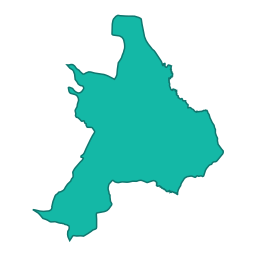 the district of Tao Ngoi, Sakon Nakhon, Thailand
{"feature_id": "78962969B89728183001998", "entity_name": "Tao Ngoi", "entity_type": "district", "adm_level": 2, "iso_a3": "THA", "parent_name": "Thailand", "parent_adm1": "Sakon Nakhon", "projection": "robinson", "projection_center": [104.177, 16.947], "detail": "fine", "context": "isolated", "style": "filled", "palette": "teal", "viewbox_px": 256, "rotation_deg": 0, "n_neighbors": 0, "source": "geoboundaries", "source_scale": "gbopen_adm2", "svg_char_len": 5715}
<svg xmlns="http://www.w3.org/2000/svg" viewBox="0 0 256 256"><path d="M211.8,164.0L212.3,162.9L213.5,161.9L215.6,161.7L216.3,161.4L217.0,160.8L222.8,153.7L223.2,152.5L223.2,151.0L221.5,149.0L218.1,144.3L217.4,140.8L217.5,138.2L216.3,135.7L215.4,133.0L215.4,129.4L214.6,127.8L214.0,125.2L212.2,122.5L210.0,117.8L209.1,114.7L208.8,114.1L208.0,113.1L207.6,111.7L207.3,111.2L207.2,110.8L206.9,110.4L206.2,110.3L205.9,110.6L205.5,110.2L205.3,110.4L203.5,110.5L202.7,111.1L202.1,111.1L201.9,111.4L201.4,111.5L199.9,111.4L198.8,111.8L197.4,111.4L197.3,111.6L196.8,111.4L196.7,111.8L196.5,111.7L196.2,112.1L194.5,111.1L193.4,109.6L191.4,108.6L190.7,107.7L189.8,107.5L188.0,107.8L187.9,107.2L188.1,104.9L187.9,104.5L187.0,104.0L185.6,101.8L185.6,100.8L183.2,100.8L182.8,100.3L182.5,99.7L182.4,99.2L182.0,98.6L181.4,98.6L180.9,99.0L180.4,99.1L178.8,97.8L178.3,97.7L178.1,96.8L178.3,96.4L178.1,95.8L177.2,95.3L176.9,94.9L176.5,94.7L176.7,94.0L176.5,93.8L176.8,93.2L176.4,92.9L176.3,91.9L176.5,91.7L175.8,91.2L176.6,90.6L176.6,90.4L175.6,90.4L175.3,90.6L175.2,90.3L175.4,89.9L175.0,89.6L174.3,89.4L173.7,89.5L173.3,89.1L172.9,89.3L173.1,89.7L173.0,89.9L172.7,90.0L172.4,89.7L172.1,90.2L171.8,89.9L171.3,89.8L170.6,89.1L170.5,88.3L169.6,86.1L169.5,85.1L169.7,84.2L169.4,82.8L168.9,82.0L169.2,81.4L169.0,80.7L169.1,80.4L168.8,80.1L169.0,79.5L168.8,79.2L168.8,78.8L169.1,78.7L169.1,78.4L169.3,78.4L169.3,78.1L169.5,78.2L169.6,78.5L169.8,78.1L170.2,78.1L170.5,78.3L170.7,77.3L171.4,77.1L171.2,76.6L171.4,76.5L171.8,76.8L171.9,76.2L172.5,76.1L172.5,74.6L172.7,74.1L172.5,73.3L171.6,73.0L171.9,72.5L171.8,72.2L171.5,72.2L171.3,71.9L171.7,71.7L171.5,71.4L171.5,71.1L170.5,69.6L170.6,69.3L171.2,69.2L171.1,68.9L170.7,68.8L170.7,68.4L171.1,67.9L171.1,66.5L171.4,66.0L170.3,65.5L169.9,65.6L169.8,65.3L168.3,65.0L166.8,67.1L166.3,67.3L165.8,67.1L165.2,66.7L165.0,66.2L164.9,65.1L165.1,63.9L164.8,63.4L163.6,63.8L163.6,64.5L163.4,65.2L163.0,65.6L162.8,65.4L162.5,65.0L161.7,62.3L161.2,61.2L155.2,52.1L154.1,50.7L152.3,49.2L148.2,44.0L146.0,40.5L144.5,36.7L142.0,24.1L141.3,19.4L140.9,18.6L138.8,17.5L134.5,16.2L126.4,16.1L119.8,15.7L118.6,15.4L117.7,15.4L116.2,16.2L115.5,16.8L113.5,19.1L112.9,20.7L112.3,24.0L112.0,34.1L112.6,34.8L113.5,35.1L119.5,35.9L122.0,37.3L123.3,39.0L123.8,40.4L124.5,43.7L124.7,46.2L124.6,48.3L123.9,50.7L123.5,52.4L122.4,55.0L121.5,57.9L119.9,60.5L118.3,62.8L117.4,69.1L116.9,74.8L116.0,77.0L114.5,79.3L108.3,76.1L106.1,75.2L104.0,74.5L94.8,73.1L90.7,72.0L88.7,71.9L86.0,72.9L84.8,73.7L83.8,74.1L82.7,73.9L80.2,71.7L79.2,70.4L76.6,68.7L74.6,66.0L73.2,64.9L72.5,64.6L71.0,64.5L68.9,65.0L67.0,64.9L70.0,68.3L72.5,69.8L73.4,70.9L74.6,74.2L75.2,79.5L76.9,81.7L78.2,84.0L79.5,85.0L80.7,85.6L82.0,85.8L82.8,86.1L83.3,86.8L83.7,88.0L83.7,88.4L83.4,89.2L81.7,91.6L80.1,92.7L78.6,93.0L77.6,92.8L75.4,91.7L73.7,90.0L73.1,89.1L72.4,88.4L69.8,87.4L68.9,87.3L68.4,87.6L68.4,88.1L69.0,91.2L69.4,92.1L69.9,92.8L70.5,93.3L74.9,94.5L76.0,95.0L77.1,95.9L78.2,97.8L78.6,100.0L78.5,100.7L77.4,104.2L77.1,106.6L75.2,110.2L75.2,111.1L75.8,113.8L75.5,115.4L75.5,115.8L76.4,117.3L77.3,117.4L78.2,117.9L79.9,119.4L81.4,121.1L82.3,121.2L83.6,120.8L84.1,121.0L84.8,123.0L85.2,123.4L86.0,123.7L86.2,125.5L87.1,127.1L87.8,127.3L91.5,127.4L92.3,127.8L94.4,130.8L94.7,131.7L94.6,132.1L94.1,133.2L92.6,135.5L90.5,139.5L86.1,148.6L84.3,152.8L83.4,154.2L81.0,156.1L81.0,157.1L83.1,157.9L83.3,158.2L83.1,158.7L82.0,160.4L80.5,161.8L75.4,167.7L74.4,169.1L73.0,171.6L72.8,172.4L73.1,174.9L73.1,176.8L72.9,177.3L71.5,179.1L70.7,181.1L67.5,184.2L65.5,187.1L64.4,189.2L63.8,189.9L63.1,190.5L60.9,191.7L58.7,192.2L57.5,193.7L56.1,194.6L55.4,195.4L54.9,196.4L53.0,201.5L51.8,206.8L52.0,207.3L51.8,208.2L51.3,209.4L50.6,210.1L49.0,210.9L43.5,211.4L40.0,211.1L34.9,209.9L32.8,209.6L38.3,213.1L40.0,214.9L42.9,218.4L46.1,219.5L48.0,220.4L49.7,221.5L50.9,221.9L54.8,221.7L55.6,221.8L58.7,222.8L60.5,223.2L61.8,223.2L62.3,223.5L63.6,223.6L64.9,224.4L67.2,224.9L67.8,225.4L68.6,225.7L69.0,226.2L69.2,226.9L69.2,228.3L68.8,229.9L68.1,230.8L67.8,231.5L67.6,234.3L68.0,236.8L69.7,240.6L72.5,236.3L73.2,235.7L73.8,235.6L76.6,236.0L80.8,235.8L83.6,236.1L88.0,233.5L91.1,231.4L92.7,230.1L95.5,229.0L96.3,228.4L96.6,227.1L96.6,219.1L96.3,214.3L96.6,213.2L97.2,212.9L104.2,211.6L105.7,211.1L107.0,210.5L108.8,208.9L111.6,205.0L111.8,204.0L111.7,203.6L110.5,201.4L110.0,197.3L110.0,195.1L109.1,193.8L108.9,192.1L108.2,189.6L108.1,187.8L108.7,185.0L109.1,184.0L112.2,180.5L113.1,180.4L114.8,181.8L115.6,182.1L117.1,182.5L118.6,182.6L120.8,182.1L122.4,181.9L127.1,182.2L129.0,182.0L132.7,181.2L136.2,181.3L136.9,181.2L138.8,180.5L140.5,180.3L141.6,180.4L143.1,180.9L146.9,182.5L147.4,182.5L152.8,180.7L153.8,180.6L155.3,181.1L156.7,182.5L156.8,182.8L156.6,183.2L156.8,183.4L156.7,183.9L156.8,184.2L156.4,185.1L156.7,185.5L157.1,185.6L157.2,186.1L158.0,186.2L158.7,186.0L159.6,185.8L160.2,186.4L160.3,187.0L160.9,186.8L161.1,187.3L161.9,187.8L161.9,188.1L162.6,188.1L163.0,188.7L163.8,188.8L164.0,189.3L164.4,189.2L165.0,189.9L165.6,190.0L165.8,190.7L166.7,191.5L167.6,191.3L168.0,191.6L168.4,191.1L169.3,190.6L169.4,190.8L169.3,191.3L169.9,191.4L170.0,191.9L170.4,191.2L170.7,191.2L170.7,191.7L170.4,192.0L170.6,192.2L171.0,192.3L171.2,191.9L171.8,192.1L172.5,191.6L173.7,192.4L174.2,192.3L174.5,192.6L175.1,192.7L175.2,193.1L176.2,193.0L176.4,193.9L177.5,194.4L177.7,194.0L177.5,193.4L177.5,192.9L178.2,190.0L179.3,187.7L180.6,185.7L181.1,183.7L181.8,182.4L184.4,178.4L185.0,177.9L187.0,176.7L190.6,176.1L191.9,176.1L194.7,177.2L195.2,177.3L195.8,177.0L196.3,176.3L197.3,175.8L198.7,176.3L201.2,175.8L202.6,176.5L203.3,176.2L203.7,175.8L205.4,170.5L206.4,168.6L209.0,165.4L210.1,164.7L211.0,164.5L211.8,164.0Z" fill="#14b8a6" stroke="#0f766e" stroke-width="1.5"/></svg>